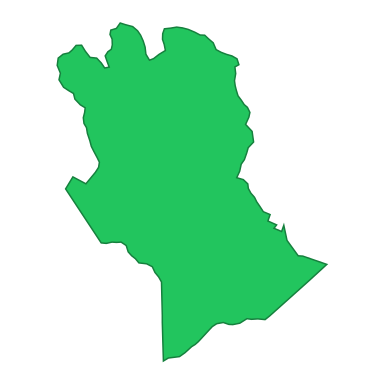 the district of Gramado, Rio Grande do Sul, Brazil
{"feature_id": "56859067B38630420748916", "entity_name": "Gramado", "entity_type": "district", "adm_level": 2, "iso_a3": "BRA", "parent_name": "Brazil", "parent_adm1": "Rio Grande do Sul", "projection": "albers", "projection_center": [-50.903, -29.392], "detail": "fine", "context": "isolated", "style": "filled", "palette": "green", "viewbox_px": 384, "rotation_deg": 0, "n_neighbors": 0, "source": "geoboundaries", "source_scale": "gbopen_adm2", "svg_char_len": 1869}
<svg xmlns="http://www.w3.org/2000/svg" viewBox="0 0 384 384"><path d="M188.2,29.4L182.5,27.9L176.7,27.1L170.7,28.1L164.4,28.8L162.7,33.7L162.5,39.3L164.2,44.4L165.4,50.5L159.0,54.4L153.6,58.6L149.5,60.2L145.9,54.2L145.1,47.1L143.2,41.0L140.6,35.2L137.6,30.8L132.7,26.6L125.5,24.7L120.2,23.0L116.4,28.4L110.8,30.1L110.0,34.5L112.1,39.1L112.3,44.9L111.3,49.3L107.9,51.7L105.2,55.9L107.1,61.5L109.2,67.1L104.7,68.0L101.3,63.0L96.7,58.1L90.1,57.4L85.3,51.2L81.6,45.2L76.1,45.4L72.2,50.0L68.9,52.9L63.1,54.2L58.2,58.1L57.2,65.4L60.4,73.2L59.0,79.8L63.6,87.3L68.8,90.7L73.5,93.5L74.9,99.1L80.3,104.8L85.2,107.8L84.6,112.6L83.3,117.7L84.0,123.5L86.5,127.7L87.4,133.4L89.9,140.9L91.3,146.3L93.7,151.1L97.1,157.5L99.4,162.2L98.6,167.3L95.4,172.3L85.9,183.8L72.9,176.9L65.6,188.9L101.2,242.9L106.3,243.4L112.0,242.1L116.5,242.4L121.1,242.1L126.2,245.5L128.2,251.9L131.7,255.8L135.4,258.7L138.9,262.9L146.6,263.8L152.3,266.7L155.0,272.5L158.7,277.0L161.5,282.0L162.3,315.4L162.3,322.5L163.4,361.0L168.4,358.0L174.1,357.3L179.5,356.6L185.0,352.7L191.7,346.6L195.1,344.5L198.3,341.7L209.3,329.8L212.3,326.6L216.7,323.7L223.3,322.5L228.8,324.4L232.8,324.6L239.8,323.2L246.9,318.7L251.5,319.3L257.8,318.9L265.1,319.6L269.7,315.9L309.8,280.0L326.8,264.4L302.8,256.1L298.2,255.8L287.0,240.4L283.8,225.3L281.6,231.5L274.0,228.3L276.6,224.9L267.9,221.0L270.1,214.6L263.3,211.7L259.8,206.3L256.7,201.8L254.5,197.3L250.9,193.2L248.3,188.4L247.8,183.9L243.3,179.6L236.7,177.7L239.7,171.2L241.2,164.2L244.4,159.6L246.7,153.0L248.2,147.7L253.6,142.0L252.1,131.4L245.6,124.4L248.9,117.1L249.9,112.4L247.4,107.3L244.2,104.6L241.3,100.2L238.0,95.8L236.3,90.2L235.2,85.8L234.5,80.7L235.7,73.6L234.9,66.9L238.9,64.7L237.0,58.8L231.9,55.9L226.6,54.4L221.1,52.3L216.1,49.6L213.2,42.8L208.5,38.8L204.7,35.2L200.1,35.0L194.8,32.2L188.2,29.4Z" fill="#22c55e" stroke="#15803d" stroke-width="1.5"/></svg>